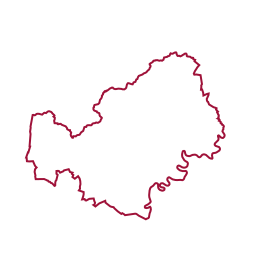 outline of La Apartada, Córdoba, Colombia, rotated 193°
{"feature_id": "7082276B84090204325710", "entity_name": "La Apartada", "entity_type": "district", "adm_level": 2, "iso_a3": "COL", "parent_name": "Colombia", "parent_adm1": "Córdoba", "projection": "albers", "projection_center": [-75.293, 8.043], "detail": "fine", "context": "isolated", "style": "outline", "palette": "rose", "viewbox_px": 256, "rotation_deg": 193, "n_neighbors": 0, "source": "geoboundaries", "source_scale": "gbopen_adm2", "svg_char_len": 5738}
<svg xmlns="http://www.w3.org/2000/svg" viewBox="0 0 256 256"><g transform="rotate(193 128 128)"><path d="M90.1,43.1L89.5,43.7L87.9,44.8L87.5,45.6L87.7,49.7L87.4,51.6L87.4,53.8L88.1,55.6L88.8,56.2L89.3,55.9L90.4,54.8L92.1,54.1L93.3,54.1L93.6,54.3L93.8,54.8L93.9,55.5L93.6,56.1L91.2,58.2L89.8,60.0L89.3,61.2L89.7,62.1L91.7,65.4L92.3,67.4L92.9,71.9L92.8,74.1L92.4,75.3L90.4,77.5L89.3,79.8L88.5,80.5L87.5,80.7L86.6,80.4L86.1,80.0L85.3,77.1L84.8,76.2L84.1,75.5L82.8,74.8L80.7,74.6L80.0,74.8L79.3,75.2L78.7,75.9L78.7,77.0L79.0,77.5L79.9,77.9L82.3,77.8L82.9,78.0L83.6,78.5L84.0,79.0L84.1,80.1L83.5,81.3L82.3,81.9L81.3,81.9L78.3,80.8L77.2,80.6L76.0,80.8L75.2,81.6L74.9,82.5L75.3,83.8L77.4,85.5L78.1,86.4L78.2,87.8L77.5,88.9L77.0,89.2L76.5,89.2L73.0,88.0L70.2,88.0L68.4,88.3L65.4,89.2L63.3,89.4L62.5,90.0L62.0,91.0L61.8,93.1L60.8,95.7L60.5,97.1L60.6,97.9L61.3,98.9L62.0,99.1L65.0,98.3L67.7,98.4L68.8,98.8L70.5,99.7L71.0,100.3L71.2,100.8L71.2,101.5L71.0,102.2L70.2,102.8L69.3,102.8L66.3,101.9L64.5,101.9L62.9,102.6L61.9,103.7L61.6,104.5L61.6,106.7L62.1,107.7L62.9,108.2L64.4,108.6L65.9,109.3L68.6,112.1L69.1,113.4L69.4,114.7L69.4,117.0L69.3,117.7L68.3,118.3L67.7,118.2L67.2,117.6L66.5,116.0L65.7,114.9L65.1,114.5L64.1,114.2L62.2,114.3L61.3,114.6L59.1,116.3L56.8,117.1L56.0,117.1L54.7,116.8L52.8,115.6L51.6,115.6L50.9,116.2L49.6,118.6L48.5,119.3L47.5,119.5L45.9,119.3L41.9,117.1L40.6,116.9L39.2,117.0L38.9,117.7L40.0,120.2L40.0,121.9L39.5,122.6L37.0,123.6L36.0,124.4L33.9,126.6L33.6,127.9L33.9,128.9L35.0,129.9L38.7,130.3L39.7,131.1L39.9,131.7L39.8,132.6L37.4,136.4L37.3,137.5L37.5,138.4L38.4,140.0L38.5,140.6L38.2,140.7L38.1,141.1L37.6,141.1L35.3,139.7L33.9,139.5L33.2,139.7L32.8,140.2L32.2,141.2L32.2,141.7L32.2,142.6L32.6,143.4L35.2,145.9L35.2,147.3L34.8,148.1L35.2,149.9L34.9,150.8L35.0,151.3L35.9,152.2L37.0,152.3L37.6,153.4L38.7,153.4L38.9,153.7L39.0,154.7L39.6,154.9L40.3,155.5L40.7,155.5L40.4,156.1L40.6,156.6L41.0,156.8L41.6,156.7L41.7,157.0L42.1,157.2L42.1,157.6L42.4,157.6L42.0,158.0L42.3,158.3L42.1,158.6L42.4,159.5L42.2,160.1L42.4,160.6L42.7,161.2L43.1,161.3L43.5,161.9L44.1,163.1L44.3,163.1L44.3,163.5L44.8,163.6L44.8,163.8L44.2,164.3L45.9,165.4L46.1,166.7L46.5,166.5L46.6,167.0L46.8,166.9L47.1,167.2L47.5,167.4L49.3,167.5L54.3,169.2L55.9,171.5L56.5,171.6L57.2,172.4L57.8,174.0L57.0,178.1L57.2,179.7L58.9,178.8L61.8,176.6L62.7,179.3L64.5,182.2L65.5,181.8L65.8,184.6L66.2,185.9L65.8,187.4L69.2,195.8L73.5,195.5L75.4,194.9L76.1,195.8L75.6,198.5L74.8,200.6L74.1,202.7L72.7,205.3L78.2,208.0L77.9,209.5L79.8,209.7L80.3,211.0L80.8,211.0L81.9,210.6L83.4,211.4L86.4,211.1L86.9,211.4L87.5,213.1L88.3,213.6L89.7,213.0L90.2,212.1L91.1,211.5L91.8,210.6L93.1,209.6L94.5,209.9L95.5,209.4L95.9,209.4L97.0,210.5L97.8,212.2L98.3,212.5L99.6,211.9L101.1,210.5L102.0,210.2L103.3,210.3L103.6,209.4L103.7,208.0L104.5,207.2L105.5,206.8L105.9,206.1L108.7,204.8L108.8,202.5L110.0,201.2L111.1,201.3L112.6,200.6L114.9,200.7L115.9,200.3L116.7,200.1L117.0,199.6L118.1,199.4L118.4,199.1L118.8,197.8L120.8,195.9L121.3,195.2L121.1,194.6L120.1,193.8L119.9,193.1L119.9,192.6L120.3,191.7L120.4,190.3L120.7,189.6L121.8,188.2L122.5,186.7L123.3,185.8L125.1,184.6L125.8,183.5L129.2,181.2L129.7,179.9L129.9,177.8L130.8,177.2L130.9,176.8L131.2,174.6L132.8,173.7L133.3,171.6L133.9,171.5L135.4,171.6L137.2,171.8L138.0,171.7L138.3,171.5L138.8,170.1L138.8,166.8L139.3,165.8L140.3,164.8L141.9,164.5L143.3,164.6L146.2,164.2L148.3,163.3L149.5,163.0L151.0,163.2L151.9,163.9L152.7,163.8L154.6,162.3L155.8,160.7L157.3,159.1L157.6,159.4L158.1,159.0L158.7,158.0L159.1,158.3L159.3,157.9L159.0,157.7L160.0,156.6L160.1,156.1L159.9,155.2L160.7,153.5L160.4,152.7L160.7,150.8L161.6,149.2L161.6,145.9L162.5,144.5L165.8,142.9L166.0,141.8L165.8,140.7L166.2,140.2L166.2,139.7L165.8,138.3L165.2,137.7L164.7,137.4L163.5,137.2L162.1,137.1L161.6,136.3L159.4,136.0L159.0,135.4L158.7,134.3L157.9,133.2L155.9,132.2L155.8,131.5L156.3,130.2L156.5,128.4L157.0,127.7L158.3,126.4L159.0,126.2L160.3,126.2L161.1,125.4L162.9,124.7L163.6,124.2L163.9,123.1L164.5,122.4L167.7,121.7L168.4,121.3L168.8,120.7L168.9,119.7L170.1,119.4L170.7,119.0L171.0,115.1L172.7,113.2L173.6,110.7L173.9,110.4L175.7,109.7L176.5,109.0L177.0,108.1L179.4,107.7L179.5,106.1L180.1,106.0L181.8,107.5L182.4,108.8L182.3,110.4L182.4,110.9L183.8,111.9L184.0,112.8L185.0,112.6L186.9,113.1L187.5,114.3L189.1,115.6L193.1,116.2L194.5,116.9L195.1,116.8L197.0,115.9L197.4,116.0L197.7,116.7L200.6,116.2L201.6,118.4L201.4,120.1L201.6,121.5L203.1,122.3L202.5,123.0L202.4,123.6L203.0,124.1L205.0,125.2L205.5,125.8L206.6,126.4L208.6,126.6L209.4,126.3L210.1,125.7L211.2,124.1L212.7,124.1L213.2,123.8L214.7,121.7L217.7,121.8L219.1,121.6L220.3,121.1L221.1,119.9L221.7,119.4L223.1,119.5L223.8,119.2L223.3,107.4L222.9,106.4L222.6,102.5L221.6,100.2L219.8,88.0L219.2,88.0L219.6,81.8L220.0,81.8L220.6,76.4L220.2,76.5L219.0,72.9L216.7,73.2L213.1,74.3L210.2,70.4L209.0,69.4L208.2,69.0L209.3,66.9L209.1,64.2L207.5,60.9L207.5,59.9L206.4,57.4L198.3,59.4L195.5,58.9L195.2,58.7L194.1,58.7L193.3,57.9L191.9,58.0L191.6,57.8L191.0,57.2L189.6,57.1L187.6,55.8L187.1,55.3L186.4,55.1L186.0,55.7L186.6,58.5L186.6,60.0L186.1,61.0L186.0,66.5L187.4,67.3L188.0,70.0L186.5,70.5L185.6,70.5L184.1,69.2L181.3,71.3L180.8,72.3L176.5,74.5L174.6,72.1L172.1,72.0L172.5,71.2L172.4,70.7L170.7,69.9L171.1,67.8L168.4,66.6L165.8,69.8L163.8,67.9L162.6,65.6L161.7,62.6L161.7,60.1L161.1,58.0L161.8,56.1L156.8,55.6L156.3,53.4L156.3,51.1L156.6,48.1L154.3,49.0L153.2,47.9L152.3,48.0L149.7,50.3L145.6,51.6L144.3,49.1L143.3,47.8L143.4,45.9L144.3,45.2L142.1,44.2L139.0,48.1L133.8,51.9L133.1,50.2L127.8,47.7L126.5,47.5L124.2,47.6L123.2,46.7L119.3,44.5L115.2,42.8L114.4,43.7L112.3,43.0L111.3,42.4L101.8,46.1L100.9,46.2L99.8,45.9L97.8,45.0L90.1,43.1Z" fill="none" stroke="#9f1239" stroke-width="2"/></g></svg>